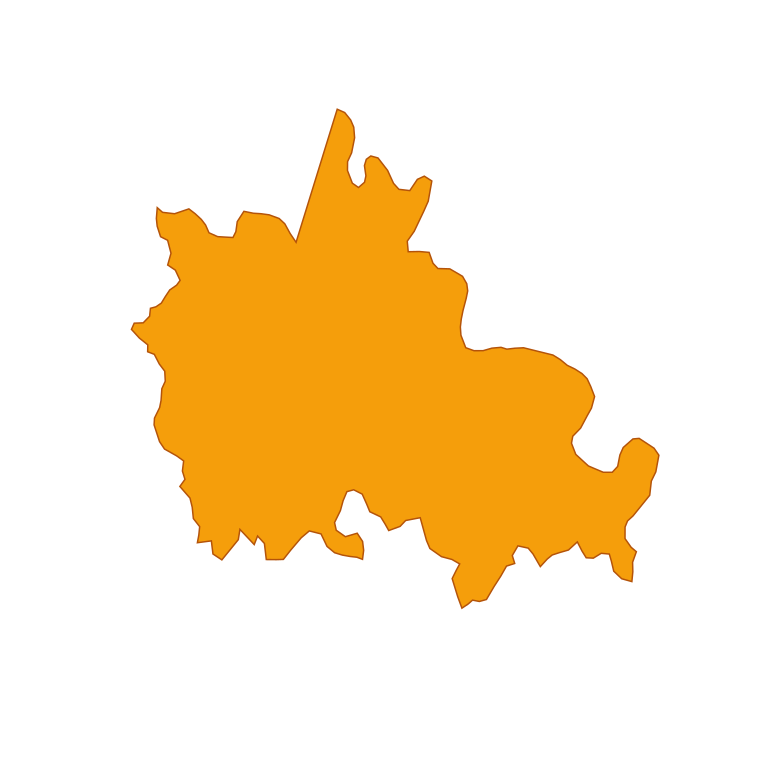 Grandes Rios, Paraná, Brazil, rotated 159°
{"feature_id": "56859067B21622143910331", "entity_name": "Grandes Rios", "entity_type": "district", "adm_level": 2, "iso_a3": "BRA", "parent_name": "Brazil", "parent_adm1": "Paraná", "projection": "equal_earth", "projection_center": [-51.453, -24.192], "detail": "fine", "context": "isolated", "style": "filled", "palette": "amber", "viewbox_px": 768, "rotation_deg": 159, "n_neighbors": 0, "source": "geoboundaries", "source_scale": "gbopen_adm2", "svg_char_len": 2895}
<svg xmlns="http://www.w3.org/2000/svg" viewBox="0 0 768 768"><g transform="rotate(159 384 384)"><path d="M208.5,137.0L211.8,143.0L214.4,153.3L210.2,164.1L205.7,168.9L198.8,171.6L175.8,184.9L169.2,197.6L161.7,204.6L152.9,219.0L154.9,227.3L165.3,241.8L171.3,243.5L183.4,239.0L189.2,233.2L195.4,223.3L202.5,219.8L210.9,223.0L218.2,230.0L222.6,234.3L230.2,249.6L230.2,261.5L226.5,267.6L216.2,272.4L205.6,281.6L199.0,287.1L191.9,296.8L191.9,307.7L192.5,316.1L195.4,322.7L200.3,329.4L206.2,335.7L210.6,343.5L215.9,350.5L240.7,367.8L249.0,370.5L256.8,372.5L261.6,376.3L270.4,378.8L279.5,379.6L288.0,382.8L294.7,388.6L294.7,402.0L292.3,409.8L288.6,416.9L283.9,424.3L276.5,434.6L272.5,440.9L270.8,447.9L272.1,456.4L281.3,467.9L292.3,472.5L295.0,479.2L294.7,490.7L303.5,495.0L314.0,498.8L311.1,509.0L301.1,515.7L285.0,531.0L277.2,538.8L266.6,556.4L271.9,563.6L279.5,563.1L290.6,555.3L300.3,560.4L303.2,567.9L304.1,582.1L308.6,597.2L314.6,601.6L320.0,600.1L324.0,594.9L326.3,584.8L329.9,579.3L337.4,576.6L341.6,582.8L341.6,596.4L338.3,604.7L331.4,611.4L323.2,624.4L320.2,634.6L320.5,642.4L323.4,651.5L329.2,657.3L415.3,547.8L417.7,558.1L419.2,569.1L422.6,576.1L430.6,583.1L437.9,587.1L444.7,590.2L452.9,595.4L462.8,588.2L467.7,579.3L472.5,574.9L478.6,577.6L486.5,581.2L493.2,587.9L493.6,596.4L495.6,603.2L499.3,610.7L503.4,617.4L518.5,618.0L529.2,623.6L532.5,629.9L537.2,620.1L539.2,612.6L539.8,601.6L534.5,595.7L536.0,582.4L543.3,572.6L538.0,565.1L537.2,553.8L542.2,550.6L550.3,548.6L556.8,544.0L562.9,539.3L569.4,537.8L574.9,538.4L578.5,531.3L586.9,527.4L595.4,530.3L600.2,525.5L595.9,514.5L590.5,505.2L593.1,498.8L587.8,494.0L586.6,483.2L584.1,474.5L587.2,465.0L593.1,459.2L598.0,448.6L601.9,442.4L610.5,434.4L613.3,428.2L614.2,410.6L612.2,401.9L603.4,391.3L598.6,384.0L603.4,375.0L604.0,366.3L611.3,361.5L606.0,347.0L607.2,337.7L610.2,326.7L607.2,316.9L611.0,309.4L615.1,302.7L601.4,299.4L604.6,286.6L598.4,277.9L575.8,290.9L570.6,299.9L562.7,280.6L556.5,287.4L552.8,278.0L554.8,270.1L556.8,262.3L547.4,258.6L540.8,256.3L530.7,262.3L516.4,270.1L506.4,273.6L496.5,266.6L495.4,252.8L490.6,244.2L484.2,239.2L477.4,235.1L471.4,232.0L466.9,228.0L462.6,236.0L460.4,244.7L462.5,254.3L474.8,255.3L481.0,264.6L479.8,272.4L470.1,281.4L464.0,289.7L457.2,296.8L450.2,296.1L443.8,289.0L443.2,278.0L443.0,269.8L434.7,261.1L433.1,252.5L432.1,245.5L420.0,245.3L412.7,248.8L398.1,246.2L400.4,222.7L400.1,214.0L392.2,202.2L383.5,195.9L377.8,188.9L383.4,184.1L390.1,177.9L391.4,159.1L391.6,146.8L384.1,148.5L378.8,150.5L372.9,146.8L365.6,146.1L353.8,155.5L343.7,162.9L334.9,170.1L326.3,169.6L325.7,177.9L317.0,184.9L308.2,179.1L305.8,171.9L303.5,157.5L294.3,162.1L288.2,164.1L280.6,163.7L271.3,162.9L260.1,167.3L259.0,157.1L257.5,149.3L251.0,146.4L241.9,148.1L234.6,144.5L235.2,137.3L236.6,126.9L231.9,117.0L223.4,110.7L219.0,119.5L215.8,128.5L208.5,137.0Z" fill="#f59e0b" stroke="#b45309" stroke-width="1.5"/></g></svg>